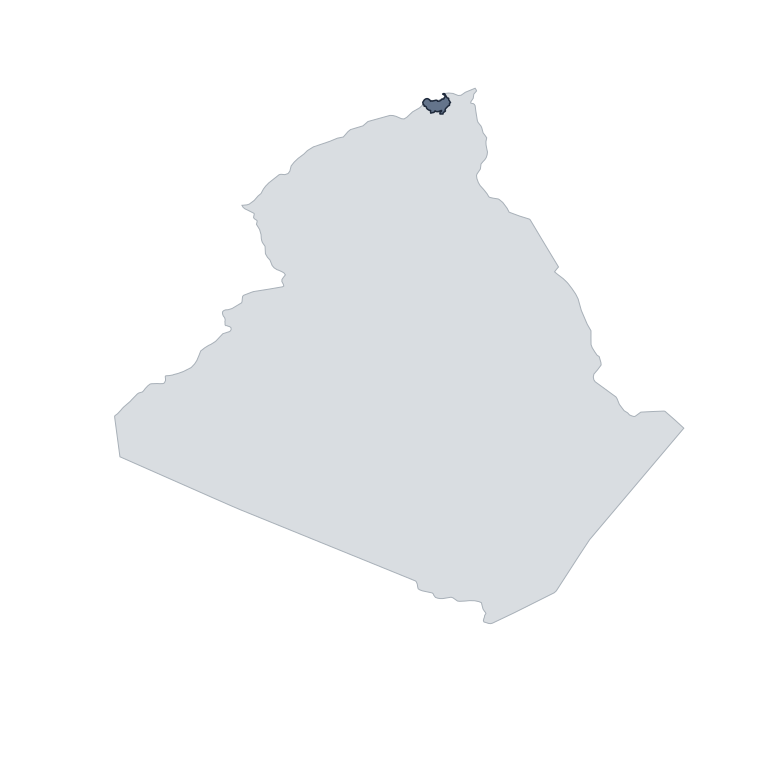 Algeria, with Skikda highlighted, rotated 343°
{"feature_id": "DZA-2166", "entity_name": "Skikda", "entity_type": "Province", "adm_level": 1, "iso_a3": "DZA", "parent_name": "Algeria", "parent_adm1": "", "projection": "albers", "projection_center": [6.827, 36.763], "detail": "fine", "context": "in_parent", "style": "filled", "palette": "slate", "viewbox_px": 768, "rotation_deg": 343, "n_neighbors": 0, "source": "natural_earth", "source_scale": "10m", "svg_char_len": 5645}
<svg xmlns="http://www.w3.org/2000/svg" viewBox="0 0 768 768"><g transform="rotate(343 384 384)"><path d="M557.6,127.8L558.1,129.4L558.2,130.8L556.0,132.2L554.6,133.1L552.9,136.8L549.7,139.4L549.2,140.2L549.2,140.9L551.4,142.0L552.2,143.1L552.5,144.6L551.6,149.8L550.3,159.2L550.4,161.2L551.3,163.6L552.1,165.4L552.4,167.6L552.2,172.8L553.3,175.8L554.2,178.6L552.3,182.1L551.5,185.2L551.0,189.6L550.8,192.4L549.6,195.0L547.9,197.4L546.1,198.9L543.8,200.2L541.1,202.0L539.0,206.6L534.3,210.4L533.4,211.7L532.9,214.7L533.1,218.9L533.9,222.3L536.2,227.2L538.3,232.6L538.9,235.4L539.6,236.4L542.5,238.1L547.4,240.5L548.3,241.5L550.7,245.2L553.1,251.9L553.9,256.3L562.7,263.0L571.2,268.8L571.8,269.7L576.8,290.0L578.6,297.2L585.1,323.1L582.7,324.6L579.9,326.6L582.1,330.0L586.2,335.7L588.7,340.2L589.6,342.2L591.7,347.9L593.4,353.4L593.8,355.2L594.5,359.5L594.2,371.3L595.8,386.2L597.5,393.6L595.4,400.4L593.5,406.9L593.7,410.1L595.0,415.1L596.2,418.8L597.8,420.7L597.7,427.0L597.2,429.3L592.6,432.7L587.6,435.9L586.2,438.5L585.9,441.3L586.6,443.6L602.1,464.3L602.6,466.4L603.1,472.3L605.8,479.7L608.6,482.9L609.7,485.3L611.7,487.0L613.6,488.2L614.8,488.3L621.4,486.0L633.0,488.9L644.0,491.8L644.8,492.4L651.7,503.5L657.8,513.9L535.2,592.9L521.3,604.4L488.3,632.2L485.8,633.4L442.0,640.8L419.2,644.2L418.1,644.4L416.8,644.4L415.8,644.3L413.9,643.5L411.6,641.8L410.1,640.9L409.8,639.5L410.7,637.8L411.9,636.3L412.4,635.1L413.2,634.2L414.3,633.4L414.3,632.4L413.6,630.6L412.9,628.1L413.1,623.6L413.2,621.6L411.2,619.9L407.4,617.8L403.8,616.6L402.2,616.1L398.2,615.3L392.7,613.9L390.8,613.0L387.5,608.7L385.8,607.5L377.6,606.4L374.9,605.6L372.7,604.5L370.8,603.1L369.9,600.7L369.7,598.9L369.0,597.9L360.2,593.0L358.0,591.3L356.8,589.8L356.9,587.7L357.3,585.2L357.1,582.9L356.7,581.7L210.4,462.7L202.8,456.3L185.8,441.7L110.2,376.4L116.5,338.3L116.9,336.3L117.5,335.6L120.4,334.6L124.9,332.0L126.7,330.8L128.8,329.7L136.3,326.4L137.9,325.4L145.2,321.4L146.9,320.9L150.5,321.0L152.1,320.2L154.4,318.5L157.6,316.7L159.7,315.9L160.2,315.7L161.4,315.7L167.4,317.3L169.8,318.2L172.8,319.0L173.8,318.9L174.7,318.3L176.1,316.8L176.6,315.0L176.9,313.3L177.2,312.6L177.8,312.4L179.1,312.7L180.8,313.1L184.4,313.6L185.7,313.5L189.8,313.7L195.8,313.4L204.4,311.9L208.7,309.5L211.9,306.8L215.5,302.5L218.4,298.8L223.4,296.9L227.6,295.8L230.0,295.5L235.4,294.0L244.6,288.8L251.8,288.7L252.7,288.2L253.8,287.2L254.1,285.4L253.1,283.9L251.7,283.1L250.8,282.2L249.7,281.9L249.3,281.0L249.8,279.3L250.1,277.8L250.9,276.3L251.0,274.1L250.2,271.9L250.1,270.3L250.3,268.7L251.0,267.5L252.5,266.9L254.2,266.8L256.6,267.4L260.7,267.4L271.6,264.7L272.4,263.6L273.4,261.1L274.4,258.9L275.5,258.2L276.1,258.1L284.7,257.5L286.6,257.5L302.1,259.7L315.5,261.4L316.8,261.0L316.9,259.3L316.3,256.1L317.0,254.2L319.0,252.6L321.6,250.8L320.7,248.3L318.9,246.5L316.4,244.3L315.1,243.4L312.9,240.8L311.7,238.0L311.2,232.2L309.6,228.8L308.7,224.8L310.5,217.6L309.1,213.1L309.0,211.2L309.2,209.0L310.1,205.2L310.2,199.8L308.7,194.0L309.8,192.2L310.3,191.2L310.3,190.4L308.6,188.4L307.9,186.9L308.5,185.5L309.6,183.6L309.6,182.8L306.8,180.1L302.1,175.7L300.9,173.8L300.4,171.6L305.2,172.6L307.7,172.6L313.6,170.5L318.5,167.4L322.1,165.9L325.6,162.4L328.6,160.2L332.8,157.9L344.9,153.2L346.7,153.3L350.4,154.8L353.8,154.7L356.2,152.9L359.0,148.3L362.9,145.6L367.9,143.1L374.6,140.7L379.0,138.4L385.8,136.6L402.7,136.1L411.4,135.3L417.3,135.9L423.4,132.1L426.4,130.9L439.3,131.0L445.4,128.3L468.3,128.9L471.1,129.9L473.8,131.6L478.4,135.5L480.7,136.4L483.8,135.6L490.9,132.1L498.9,130.3L503.2,128.1L505.0,125.0L508.7,123.9L510.8,126.3L519.0,128.7L524.1,128.0L526.3,127.3L525.5,123.7L530.8,124.6L534.9,126.3L539.3,129.8L542.1,130.4L547.1,128.8L557.6,127.8Z" fill="#d9dde1" stroke="#a8b0b8" stroke-width="1"/><path d="M503.2,128.2L503.4,127.9L503.4,127.3L503.3,126.8L503.3,126.4L503.6,125.8L503.8,125.6L504.7,124.9L505.1,124.5L505.3,124.3L506.1,123.9L507.1,123.6L508.2,123.6L509.1,123.9L510.0,124.6L510.1,124.9L510.2,125.2L510.3,125.3L510.5,125.3L510.8,125.6L511.0,126.7L511.4,127.2L511.7,127.0L512.1,127.2L512.6,127.4L513.1,127.6L516.6,127.8L516.9,127.9L517.3,128.1L517.7,128.4L517.9,128.8L517.9,129.2L518.6,129.5L519.5,129.6L520.2,129.6L522.2,128.9L522.9,128.5L523.3,128.7L523.9,128.8L524.4,128.9L524.7,128.6L524.9,128.4L525.9,127.5L526.2,127.3L526.3,127.2L526.5,126.9L526.7,126.5L526.7,126.2L526.7,125.9L526.6,125.7L525.7,124.7L525.0,124.1L525.0,123.9L525.7,123.7L525.9,123.7L526.2,123.8L526.6,124.1L526.8,124.1L526.9,124.3L527.9,128.4L528.2,129.0L528.9,129.3L529.1,129.5L529.3,129.8L529.2,130.2L529.1,130.5L529.0,130.8L529.0,131.2L529.4,132.5L529.8,134.3L529.4,134.5L528.9,134.7L528.7,134.9L528.5,135.3L528.4,135.6L528.3,136.3L528.1,136.5L527.9,136.7L527.5,136.7L527.0,136.8L526.3,137.1L523.7,138.5L523.2,138.9L522.6,139.7L522.4,140.0L522.4,140.3L522.5,140.5L522.6,140.8L522.4,141.0L522.2,141.1L520.4,141.7L519.9,142.0L519.3,143.0L517.6,142.5L517.2,142.3L516.8,142.3L516.6,142.2L516.5,141.8L516.7,141.6L516.9,141.5L517.0,141.4L517.0,141.2L517.0,140.6L517.0,140.4L517.0,140.2L517.3,140.0L517.5,139.9L518.0,140.0L518.3,140.1L518.5,140.2L518.8,139.8L518.9,139.5L518.9,139.3L518.7,139.2L518.3,139.2L515.5,139.4L514.5,139.1L513.2,138.5L513.1,138.2L512.9,137.9L512.6,137.8L511.3,138.8L510.9,138.9L510.0,138.7L509.1,138.7L508.0,138.6L508.0,137.4L508.5,136.3L508.4,136.0L508.2,135.9L507.1,135.3L505.9,133.9L505.6,133.2L505.4,132.7L505.4,131.9L505.4,131.4L505.3,131.1L505.1,130.8L504.9,130.6L504.7,130.4L504.2,130.2L503.8,130.2L503.7,130.1L503.7,129.9L503.8,129.3L503.8,129.1L503.8,128.9L503.7,128.7L503.3,128.3L503.2,128.2L503.2,128.2Z" fill="#64748b" stroke="#1e293b" stroke-width="1.5"/></g></svg>